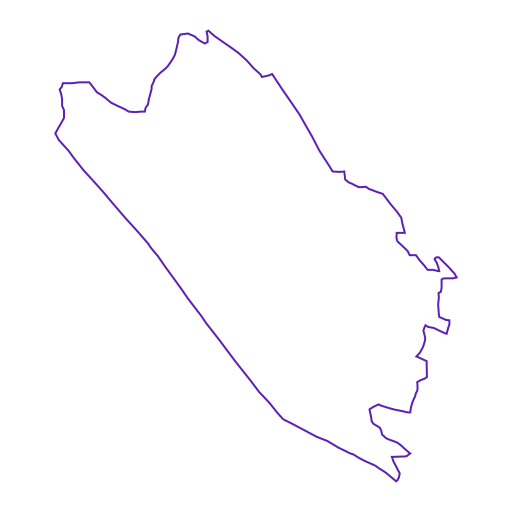 Al-Sulaymaniyah, As-Sulaymaniyah, Iraq (Robinson projection)
{"feature_id": "34846034B55719256527363", "entity_name": "Al-Sulaymaniyah", "entity_type": "district", "adm_level": 2, "iso_a3": "IRQ", "parent_name": "Iraq", "parent_adm1": "As-Sulaymaniyah", "projection": "robinson", "projection_center": [45.485, 35.442], "detail": "fine", "context": "isolated", "style": "outline", "palette": "violet", "viewbox_px": 512, "rotation_deg": 0, "n_neighbors": 0, "source": "geoboundaries", "source_scale": "gbopen_adm2", "svg_char_len": 3417}
<svg xmlns="http://www.w3.org/2000/svg" viewBox="0 0 512 512"><path d="M456.7,277.4L456.0,276.3L454.6,273.7L449.3,267.8L438.8,257.3L436.3,257.3L435.0,258.5L434.6,258.9L435.0,259.8L435.6,261.0L436.7,262.7L438.5,267.8L438.9,269.8L439.2,271.1L438.9,271.1L438.1,271.1L433.2,269.9L427.9,269.9L427.2,269.4L424.4,265.7L419.2,259.8L416.0,255.2L409.7,255.2L407.6,251.0L405.5,248.9L397.4,241.3L396.5,238.2L396.4,237.9L396.5,236.8L396.7,232.9L400.2,232.9L404.5,232.9L404.8,232.9L404.5,231.6L402.3,223.2L401.3,217.8L397.4,212.3L390.4,203.9L385.2,197.0L382.7,193.8L377.4,192.1L372.9,190.4L368.7,188.8L365.9,186.7L362.4,187.1L358.5,187.1L351.9,183.7L348.7,182.4L345.2,179.5L344.9,176.6L344.2,171.5L340.0,171.9L332.6,171.5L328.8,165.2L323.9,157.7L319.3,150.5L311.9,136.2L306.3,126.5L299.7,114.8L292.4,104.1L290.2,100.9L281.8,88.7L272.1,74.0L269.3,75.3L261.9,77.0L260.5,74.4L253.5,68.1L246.9,60.6L238.5,53.0L232.2,48.4L214.7,36.2L208.4,30.7L206.6,31.6L207.6,36.4L207.6,42.0L204.8,43.5L198.9,40.2L194.6,36.4L187.9,33.5L180.4,34.5L178.4,37.8L178.0,42.0L176.8,47.3L174.9,54.8L172.1,60.0L167.4,66.7L163.8,70.0L160.3,72.8L157.5,75.7L155.9,77.5L154.3,79.4L153.9,81.3L151.6,86.1L151.6,88.9L150.4,93.6L148.8,99.3L148.0,104.5L145.6,107.8L144.8,111.6L141.3,111.6L135.0,112.1L128.7,111.6L125.2,109.5L123.9,108.8L117.6,105.9L110.9,102.6L105.4,97.9L101.5,95.1L96.8,92.2L94.8,89.4L89.3,82.3L79.8,82.3L72.0,83.2L62.9,83.2L61.7,87.0L59.7,89.4L61.3,94.6L62.1,99.3L62.1,105.9L64.0,110.2L64.0,114.5L64.0,117.8L62.0,121.6L59.3,126.3L57.7,129.1L55.3,133.4L58.8,140.0L68.7,150.9L73.8,158.0L83.6,170.3L97.0,185.0L104.1,193.0L113.2,203.9L125.0,217.6L138.8,232.8L148.2,243.7L150.6,247.4L155.3,253.1L158.1,256.4L158.9,257.6L165.6,267.3L174.6,279.6L182.1,290.0L187.6,298.1L201.4,316.1L206.2,323.2L218.4,338.8L235.8,362.0L250.8,380.9L259.0,391.8L269.7,403.2L277.2,412.6L283.1,419.2L292.6,424.0L316.7,436.8L327.4,441.0L338.4,447.6L349.6,453.1L350.5,453.5L353.3,454.4L358.6,457.7L361.8,459.4L366.0,461.5L375.4,465.7L379.0,468.3L385.6,472.5L395.7,480.9L396.2,481.3L397.6,480.0L399.0,477.1L399.5,474.3L399.7,473.3L399.5,472.9L397.9,469.9L393.3,461.1L392.4,458.2L391.9,456.9L392.4,456.9L402.5,456.5L404.6,456.5L406.7,456.1L409.3,454.1L410.2,453.5L409.3,452.8L403.9,448.1L400.7,445.1L397.2,442.6L393.0,440.9L390.5,440.1L386.3,438.4L382.1,434.6L381.4,431.3L380.0,427.9L377.5,426.2L373.3,423.7L371.6,421.2L371.2,417.4L369.7,410.6L369.5,409.4L369.7,409.2L373.3,406.9L378.6,404.4L381.0,405.6L387.7,407.7L393.7,409.4L402.1,411.1L407.7,412.4L410.2,412.4L410.9,407.7L412.3,402.7L414.0,398.5L415.1,396.4L415.8,393.4L417.2,390.9L417.5,389.2L417.5,387.9L417.5,386.4L417.5,385.0L417.3,383.3L417.2,382.1L417.3,382.0L421.0,380.0L424.5,378.7L426.9,377.1L427.0,377.0L426.9,375.7L426.6,361.1L423.8,359.8L417.3,356.8L416.4,356.5L417.3,355.5L419.9,352.7L423.1,346.8L424.8,341.3L425.1,338.9L425.2,338.0L425.1,337.5L424.1,333.3L423.6,331.5L423.4,330.8L423.6,330.1L424.1,328.3L425.5,325.3L428.3,327.0L433.6,327.9L444.1,332.9L446.6,333.8L448.3,327.5L448.8,326.2L449.4,324.5L449.4,323.2L449.4,321.6L449.4,320.3L445.9,319.9L439.2,316.9L438.8,313.6L438.2,305.5L438.1,304.8L438.2,304.1L438.8,297.8L438.8,297.2L438.8,296.5L438.6,294.3L438.5,293.0L438.6,292.9L439.5,292.6L440.9,291.7L441.6,287.9L441.6,286.6L441.6,284.6L441.6,283.3L441.6,282.0L441.6,280.9L441.6,279.5L442.7,278.7L445.1,278.3L449.7,278.3L452.8,278.3L456.0,277.6L456.7,277.4Z" fill="none" stroke="#5b21b6" stroke-width="2"/></svg>